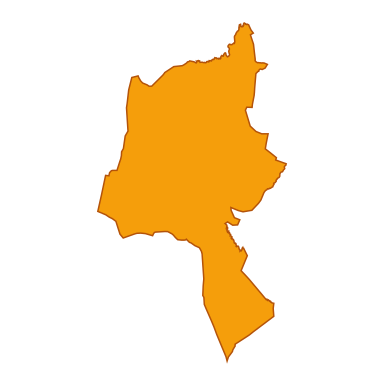 Nueva Vizcaya, Nueva Vizcaya, Philippines (Equal Earth projection)
{"feature_id": "2640588B36229801410553", "entity_name": "Nueva Vizcaya", "entity_type": "district", "adm_level": 2, "iso_a3": "PHL", "parent_name": "Philippines", "parent_adm1": "Nueva Vizcaya", "projection": "equal_earth", "projection_center": [121.302, 16.256], "detail": "fine", "context": "isolated", "style": "filled", "palette": "amber", "viewbox_px": 384, "rotation_deg": 0, "n_neighbors": 0, "source": "geoboundaries", "source_scale": "gbopen_adm2", "svg_char_len": 5714}
<svg xmlns="http://www.w3.org/2000/svg" viewBox="0 0 384 384"><path d="M271.9,302.9L271.6,302.4L270.7,302.1L270.7,301.6L270.6,301.3L270.4,301.2L270.3,301.3L269.8,301.4L269.6,301.3L269.5,300.7L268.9,300.6L268.5,299.9L268.3,299.8L268.0,299.8L267.5,300.4L267.4,300.3L267.3,300.0L267.0,299.7L266.8,299.1L266.3,299.3L266.1,299.5L248.7,278.8L246.3,276.2L241.1,270.7L247.3,255.7L243.6,248.2L242.8,248.3L242.7,247.5L242.1,248.2L242.3,248.5L242.2,248.8L241.7,250.0L241.5,250.5L241.0,251.0L240.8,251.5L240.9,250.9L240.6,250.7L240.3,250.9L240.5,250.3L240.4,250.1L240.2,250.0L239.9,250.0L239.5,249.8L239.3,249.2L238.9,248.1L238.8,247.2L238.4,246.4L238.1,246.4L238.0,246.2L237.9,246.1L237.5,246.3L237.0,246.2L237.0,246.4L236.7,246.6L236.5,246.3L236.3,246.3L236.5,245.8L236.1,244.8L236.0,244.7L235.8,244.3L236.0,244.0L236.0,243.8L235.6,243.5L235.5,243.2L235.1,243.4L234.5,243.2L234.4,243.1L234.2,242.6L234.1,242.1L234.1,241.7L234.0,241.1L233.9,241.0L233.9,240.7L233.4,240.3L233.5,239.6L232.9,239.2L232.6,238.9L231.9,239.0L231.8,238.8L231.6,238.8L231.3,238.4L231.4,237.9L231.7,238.1L231.9,238.0L232.0,237.0L231.8,236.8L231.6,236.9L231.7,236.6L231.1,236.3L230.8,235.8L230.7,235.1L230.3,235.4L230.4,234.6L230.1,234.5L230.1,234.2L229.9,233.9L229.5,233.7L229.5,233.3L229.7,233.1L229.5,232.7L229.3,232.5L229.2,232.7L228.9,232.8L228.7,232.3L228.6,232.8L228.2,232.7L228.1,232.3L228.3,231.9L227.9,232.1L227.5,231.8L227.5,231.6L227.4,231.7L227.2,231.1L227.0,230.8L227.0,229.9L227.2,229.5L227.0,229.3L227.4,229.1L227.3,228.9L227.2,228.9L227.3,228.6L227.3,228.2L227.7,228.0L227.6,227.7L227.4,227.8L227.4,227.5L227.2,227.0L226.9,226.9L226.7,227.1L226.8,226.7L226.7,226.3L226.9,225.7L226.8,225.1L225.7,224.3L225.4,223.6L225.2,223.5L227.6,221.9L232.7,225.2L237.6,224.9L239.8,219.8L234.4,217.7L231.1,210.3L230.9,207.5L238.2,210.5L243.0,211.8L251.9,210.3L258.5,203.3L260.9,200.0L264.0,192.5L265.5,190.5L266.9,189.7L267.5,188.8L268.1,188.8L268.5,189.0L268.8,189.0L269.4,188.3L270.4,188.3L272.1,187.1L272.7,186.9L273.3,185.4L274.0,184.3L273.7,183.3L273.9,183.1L274.6,182.9L275.2,182.5L276.2,181.2L276.0,180.3L276.7,179.6L276.8,179.2L277.3,178.9L277.5,178.4L277.9,178.1L279.1,177.4L279.7,176.4L279.8,176.0L279.8,174.7L280.0,173.5L281.0,172.2L281.3,172.0L282.4,171.8L282.6,171.6L283.5,169.9L284.7,168.7L284.7,168.3L284.3,167.3L284.3,166.9L284.7,166.1L285.8,165.3L285.9,164.9L286.0,164.4L286.2,163.8L275.7,160.0L276.4,157.7L270.6,153.0L265.3,148.9L266.2,143.4L268.1,133.8L261.7,133.8L256.0,131.5L250.2,126.1L245.4,110.2L246.8,107.2L252.1,107.4L252.4,104.4L254.1,95.6L254.4,92.5L254.7,87.7L255.9,73.6L258.0,71.4L258.7,71.3L258.9,70.4L259.4,69.6L260.3,69.0L262.2,69.5L265.1,68.1L267.4,64.4L264.1,63.0L262.6,62.9L261.1,63.0L260.5,62.8L259.3,62.8L258.8,62.6L257.5,62.7L256.1,61.9L255.1,60.7L255.2,59.2L254.4,52.5L253.5,44.2L250.4,34.8L253.3,33.1L251.0,30.0L248.6,24.8L248.2,24.7L247.5,24.2L247.3,24.2L246.7,24.5L246.5,24.2L246.1,24.1L245.6,24.2L245.4,23.7L245.1,23.7L244.9,23.4L244.3,23.0L243.9,23.2L243.9,23.6L243.6,23.8L243.5,24.5L243.6,25.0L243.2,25.3L243.5,25.5L243.3,25.8L243.2,25.8L243.2,26.3L243.0,26.5L242.5,26.7L242.2,26.6L241.9,26.8L241.7,26.8L241.4,26.7L240.8,26.3L240.9,25.7L240.6,24.3L239.4,24.8L238.9,27.7L238.9,27.9L239.2,27.8L239.0,28.4L238.8,29.7L238.5,30.4L238.2,30.8L237.9,31.0L237.5,31.1L237.0,31.8L236.6,32.5L236.0,33.3L235.7,34.6L235.0,35.4L234.5,36.3L234.4,37.1L234.8,41.8L234.4,43.3L233.9,43.0L233.5,43.5L232.3,44.2L232.0,44.6L230.7,44.7L230.3,44.4L229.8,44.2L229.3,44.3L228.2,45.6L228.0,46.2L228.0,46.9L228.9,47.8L229.3,48.4L229.4,49.3L228.7,51.2L229.1,53.1L229.5,54.2L229.6,54.6L229.4,55.3L228.4,56.4L227.4,56.8L227.1,56.5L226.0,54.9L225.7,53.2L225.4,52.9L225.0,52.9L224.6,53.2L223.7,54.5L223.6,55.1L223.3,56.1L222.9,56.2L222.1,55.6L221.9,55.5L221.7,55.9L221.0,56.3L220.9,56.9L220.7,57.7L220.7,58.5L220.3,58.8L220.1,58.6L219.9,58.5L219.3,58.8L219.3,58.5L219.1,58.2L218.9,58.2L218.3,58.8L217.6,58.4L217.3,58.4L216.8,58.7L216.4,58.4L216.4,58.1L216.2,57.8L215.7,57.9L214.9,57.7L214.9,57.9L214.6,58.2L214.4,58.3L214.0,59.4L213.8,59.6L213.6,59.6L213.0,59.3L212.0,59.8L211.5,60.9L211.3,61.0L210.5,60.6L209.9,60.8L209.1,60.6L209.0,60.8L209.1,61.5L208.8,61.9L208.2,61.8L207.7,61.5L207.0,61.5L206.6,61.8L206.4,62.4L206.3,62.5L205.7,62.6L205.3,62.8L205.1,62.8L204.8,62.5L204.5,62.4L203.9,62.6L203.3,62.6L202.3,62.2L200.0,62.4L199.7,61.5L199.5,61.3L199.3,61.3L199.2,61.1L199.3,60.9L199.0,60.9L199.0,61.1L198.7,61.1L198.5,60.6L198.3,60.5L197.5,60.9L197.4,60.9L197.3,61.0L197.2,61.0L196.9,61.7L196.6,61.5L196.7,61.9L196.4,62.8L196.0,62.9L194.0,61.8L189.7,60.9L188.9,61.6L187.5,61.9L186.5,63.1L183.6,65.0L182.2,65.7L173.8,66.6L164.7,72.6L164.4,73.2L162.8,75.2L151.7,86.2L149.0,86.2L147.2,84.9L142.6,83.0L140.7,81.0L138.8,77.7L138.1,75.9L131.8,77.5L128.7,89.9L127.2,103.1L126.5,107.8L128.0,131.1L125.2,136.0L123.4,148.6L121.6,151.8L121.4,155.7L120.7,159.0L119.8,161.6L117.0,170.4L112.7,170.4L111.4,170.7L109.6,172.6L108.9,175.8L105.6,175.4L101.5,194.9L97.8,211.4L105.8,214.8L109.2,217.1L112.4,218.7L115.9,221.3L120.0,234.2L123.2,238.0L134.7,233.9L136.9,233.3L140.6,233.1L145.4,233.6L152.6,235.7L153.4,234.0L153.9,233.1L154.6,232.4L155.4,232.1L165.0,231.5L167.7,231.6L169.7,232.6L170.4,233.1L171.6,233.6L173.4,235.1L175.3,237.4L177.7,239.7L181.4,240.1L184.3,240.1L185.7,239.9L186.3,239.2L189.4,242.3L191.2,243.0L194.8,245.6L199.4,247.7L201.4,251.3L202.1,253.9L203.8,278.9L203.2,285.8L202.8,295.5L203.9,297.4L204.3,304.4L205.9,308.2L211.5,321.0L214.0,327.0L216.8,334.6L226.0,356.7L227.1,361.0L228.4,357.0L232.4,351.6L232.9,349.6L233.3,349.1L234.5,347.0L235.0,346.4L235.1,345.8L235.0,345.3L235.2,344.8L235.1,344.2L249.4,334.9L253.5,331.6L273.8,316.3L273.2,308.5L273.8,303.3L271.9,302.9Z" fill="#f59e0b" stroke="#b45309" stroke-width="1.5"/></svg>